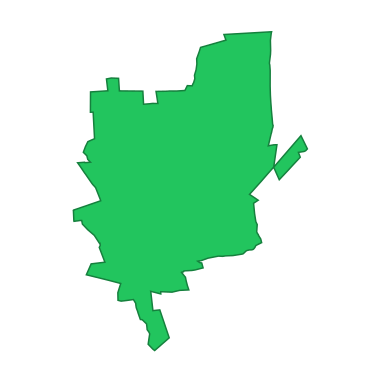 outline of Chicxulub Pueblo, Yucatán, Mexico, rotated 79°
{"feature_id": "50627088B2024609672342", "entity_name": "Chicxulub Pueblo", "entity_type": "district", "adm_level": 2, "iso_a3": "MEX", "parent_name": "Mexico", "parent_adm1": "Yucatán", "projection": "mercator", "projection_center": [-89.518, 21.153], "detail": "fine", "context": "isolated", "style": "filled", "palette": "green", "viewbox_px": 384, "rotation_deg": 79, "n_neighbors": 0, "source": "geoboundaries", "source_scale": "gbopen_adm2", "svg_char_len": 2657}
<svg xmlns="http://www.w3.org/2000/svg" viewBox="0 0 384 384"><g transform="rotate(79 192 192)"><path d="M330.8,242.2L321.1,243.5L301.6,246.1L301.0,253.0L282.0,251.5L281.6,251.5L286.1,242.1L283.9,241.7L286.5,230.7L286.2,222.9L287.5,213.8L282.9,214.4L277.8,214.7L274.3,214.7L274.1,214.9L268.8,217.7L268.7,217.5L268.7,217.4L268.7,217.1L268.7,216.8L268.7,215.5L267.9,214.9L269.0,207.1L269.1,203.9L268.6,195.6L263.5,196.0L262.9,197.8L261.0,199.6L261.0,197.5L261.2,196.7L260.0,189.0L260.0,178.2L261.0,174.2L261.1,171.2L261.9,165.9L262.2,164.1L262.5,155.4L262.5,153.9L262.2,153.2L260.9,151.2L260.2,150.1L259.9,149.3L259.9,148.5L259.8,146.8L260.2,144.3L260.0,142.9L259.6,142.2L258.5,140.9L256.7,139.5L256.4,138.4L255.8,136.2L255.7,136.2L255.5,135.0L255.2,134.3L255.0,133.3L251.2,133.5L247.9,134.8L246.4,135.1L245.1,135.7L243.5,136.1L236.4,134.2L233.3,135.0L225.3,134.7L214.8,133.7L212.7,128.6L205.3,136.0L194.8,122.1L188.6,114.2L183.2,107.1L196.6,104.0L194.2,100.7L189.6,94.3L184.6,87.5L178.5,79.1L173.4,80.0L173.6,74.3L173.2,72.6L171.7,70.5L157.5,74.3L182.9,106.6L182.4,106.8L161.8,99.6L161.3,102.7L161.2,108.3L160.4,107.9L149.9,103.2L149.1,102.7L147.4,102.0L145.2,101.1L144.0,100.3L143.4,100.1L142.3,99.7L140.7,99.9L139.9,99.8L135.3,99.3L131.3,98.9L125.4,98.3L125.1,98.2L124.9,98.2L118.8,97.5L112.1,96.6L103.0,95.1L87.8,92.1L82.1,91.4L80.8,91.5L79.8,91.3L71.9,88.7L68.1,87.8L58.1,86.1L51.5,84.0L49.9,83.3L43.5,130.6L49.4,129.7L51.7,156.0L55.4,158.0L62.1,162.0L67.3,162.8L72.9,164.7L77.9,167.3L81.3,167.6L84.9,169.5L86.2,170.6L87.8,171.6L86.7,176.3L91.0,179.6L89.9,188.2L88.6,194.6L88.3,197.4L86.4,208.1L98.6,208.6L97.5,214.0L97.3,216.8L96.6,222.8L83.6,221.0L78.9,244.0L66.4,242.4L64.7,249.6L64.7,254.4L76.6,255.3L74.4,272.5L94.3,276.5L94.8,273.8L121.1,277.5L121.8,280.8L122.7,284.6L127.2,288.0L132.3,291.1L136.4,288.3L140.1,288.1L143.4,286.0L142.8,291.5L142.3,291.7L141.5,298.7L146.4,296.5L146.9,296.3L152.8,293.8L154.2,293.1L163.8,288.9L165.7,288.0L169.3,285.8L176.7,284.4L181.5,283.5L183.2,283.3L187.1,311.5L187.5,311.6L187.5,312.0L187.9,312.0L198.0,313.5L198.3,313.4L198.3,312.5L198.4,311.6L198.4,310.7L198.5,309.9L198.6,307.5L198.9,305.7L202.6,305.7L209.2,301.5L209.3,301.4L215.9,296.2L225.0,292.5L224.9,292.1L226.8,292.2L228.7,293.6L244.3,290.9L243.3,304.7L248.5,308.3L253.1,311.5L262.9,290.4L268.2,279.4L276.7,284.0L284.2,285.3L285.6,282.4L286.0,277.1L286.4,270.0L290.6,268.5L292.5,268.7L295.0,268.8L299.7,268.0L299.9,268.1L306.2,267.2L307.3,267.0L307.9,265.2L312.8,261.8L315.8,262.0L318.6,262.3L321.1,261.1L323.1,260.6L323.8,260.8L328.2,262.4L333.1,264.1L338.8,260.4L340.5,258.9L330.8,242.2Z" fill="#22c55e" stroke="#15803d" stroke-width="1.5"/></g></svg>